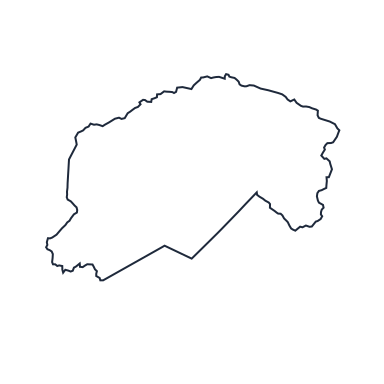 the district of Aurora, Ceará, Brazil, rotated 24°
{"feature_id": "56859067B28878883208689", "entity_name": "Aurora", "entity_type": "district", "adm_level": 2, "iso_a3": "BRA", "parent_name": "Brazil", "parent_adm1": "Ceará", "projection": "equal_earth", "projection_center": [-38.966, -7.009], "detail": "fine", "context": "isolated", "style": "outline", "palette": "slate", "viewbox_px": 384, "rotation_deg": 24, "n_neighbors": 0, "source": "geoboundaries", "source_scale": "gbopen_adm2", "svg_char_len": 2809}
<svg xmlns="http://www.w3.org/2000/svg" viewBox="0 0 384 384"><g transform="rotate(24 192 192)"><path d="M251.3,68.0L247.8,65.9L245.0,69.2L241.7,68.6L238.9,67.0L234.7,66.1L230.5,66.5L220.4,68.0L216.5,68.8L212.6,69.6L205.2,69.6L201.1,71.0L198.7,73.3L197.0,74.1L193.9,74.7L191.7,74.3L189.7,72.2L187.0,71.2L184.5,70.5L181.2,71.2L179.2,71.4L177.7,70.1L175.2,70.5L174.9,72.9L175.8,75.2L169.9,75.8L167.2,77.2L165.1,78.6L163.1,80.2L158.9,80.2L155.6,82.8L153.8,83.7L153.6,86.4L151.7,90.4L150.2,93.9L149.6,98.2L140.7,100.0L136.0,102.7L136.7,107.0L135.3,108.9L133.5,108.7L131.0,109.5L127.9,110.7L125.6,111.4L123.4,115.4L120.4,117.0L121.4,119.7L119.6,121.6L117.4,123.6L118.1,126.3L114.4,127.7L111.7,127.1L109.8,127.7L107.5,131.5L109.3,132.8L108.0,136.3L105.8,138.4L104.2,141.2L102.8,143.8L101.2,146.2L100.5,151.9L97.9,153.9L95.1,153.8L91.8,156.4L87.8,162.3L85.0,166.0L83.6,168.2L80.0,168.5L77.4,169.0L75.1,170.4L71.5,170.8L70.9,174.3L68.6,176.7L67.5,180.0L65.9,181.9L63.8,184.1L63.2,189.6L66.2,193.8L67.4,195.6L66.6,208.7L66.4,212.3L69.5,220.5L74.8,234.6L76.5,238.7L77.7,242.6L79.0,245.2L79.7,247.7L81.5,249.5L85.0,249.8L87.6,250.9L90.2,252.1L92.8,253.0L94.5,255.2L95.2,257.6L93.2,260.4L92.1,265.2L91.8,268.1L90.4,270.5L89.8,273.7L88.0,278.0L86.8,282.0L85.6,286.1L84.0,288.6L82.8,290.5L81.2,292.1L79.2,292.8L79.8,296.9L81.4,299.2L81.2,301.8L83.2,303.1L85.7,303.0L88.0,303.4L90.1,305.3L91.5,309.0L92.7,312.9L94.4,314.6L96.5,313.7L99.0,314.4L100.5,313.1L103.6,312.4L105.1,315.6L107.1,318.1L107.9,314.6L111.1,314.1L113.5,314.0L115.1,312.4L114.9,309.1L116.2,307.5L117.3,305.4L118.5,303.0L120.1,305.9L122.7,305.1L124.3,302.5L125.7,300.6L127.8,299.8L130.6,298.7L132.7,300.3L134.8,302.1L137.3,303.0L137.8,305.7L138.7,307.7L140.6,307.9L142.6,308.1L144.2,310.0L146.7,308.9L186.7,255.1L188.8,252.2L218.8,253.0L225.3,236.5L232.1,219.1L234.2,213.5L242.5,190.8L246.2,180.2L251.3,166.0L252.6,168.1L255.4,168.8L259.6,169.3L262.5,170.1L266.4,170.4L268.2,171.3L269.6,174.7L275.1,175.7L277.8,176.4L279.5,176.7L281.8,175.8L284.1,176.6L286.9,178.7L289.9,179.8L291.8,180.6L294.6,183.0L297.4,185.0L299.5,185.3L302.1,185.3L303.7,182.1L304.9,179.7L307.3,179.3L309.7,176.3L313.5,176.0L315.5,174.8L317.1,168.7L318.6,167.4L320.5,164.4L320.8,161.2L318.9,160.1L318.0,157.8L317.7,155.3L318.6,152.8L316.9,150.5L312.3,150.1L310.5,148.6L307.9,145.2L307.0,142.1L307.5,139.4L309.7,137.6L311.4,135.5L313.0,133.7L311.8,130.4L310.7,127.1L308.9,123.8L311.0,122.8L310.6,114.3L306.8,110.0L305.3,108.0L301.1,106.6L299.4,107.9L295.3,106.1L295.6,102.6L296.1,99.2L294.6,97.7L294.9,94.7L295.8,92.3L299.1,90.7L300.7,89.2L301.9,82.6L301.6,78.2L301.5,75.7L299.0,74.8L295.0,71.9L289.2,71.6L279.8,72.7L277.7,72.7L275.5,70.8L273.9,66.5L271.8,66.2L267.7,66.7L264.6,66.7L261.4,67.5L258.7,68.8L256.6,69.0L251.3,68.0Z" fill="none" stroke="#1e293b" stroke-width="2"/></g></svg>